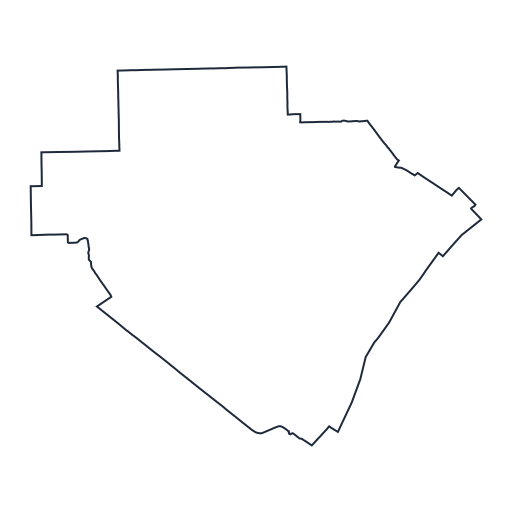 outline of Slobozia, Giurgiu, Romania
{"feature_id": "2599482B23076284199588", "entity_name": "Slobozia", "entity_type": "district", "adm_level": 2, "iso_a3": "ROU", "parent_name": "Romania", "parent_adm1": "Giurgiu", "projection": "equal_earth", "projection_center": [25.878, 43.851], "detail": "fine", "context": "isolated", "style": "outline", "palette": "slate", "viewbox_px": 512, "rotation_deg": 0, "n_neighbors": 0, "source": "geoboundaries", "source_scale": "gbopen_adm2", "svg_char_len": 5886}
<svg xmlns="http://www.w3.org/2000/svg" viewBox="0 0 512 512"><path d="M311.8,445.4L318.9,437.7L319.6,437.0L325.3,430.8L326.2,429.9L329.1,426.4L334.4,429.8L335.5,430.4L337.9,431.9L338.4,430.9L338.8,430.1L339.4,428.8L339.8,427.8L351.7,402.6L360.3,379.2L365.7,357.0L374.3,342.4L377.6,338.6L378.4,337.5L379.1,336.6L389.0,322.7L390.5,320.0L399.6,303.3L400.5,301.7L402.3,299.8L413.9,286.4L419.6,279.6L424.9,272.0L425.2,271.4L438.6,252.8L442.9,256.2L454.4,243.1L455.1,242.3L461.8,234.9L481.3,219.4L471.3,208.9L471.4,208.7L471.2,208.3L471.4,208.1L471.9,207.6L472.6,207.1L473.5,206.7L474.0,206.4L474.1,206.1L474.3,205.9L475.0,205.5L475.1,205.2L475.2,204.8L475.4,204.6L474.3,203.5L458.9,187.9L458.2,188.4L456.3,190.2L451.8,195.6L423.8,177.2L417.7,173.0L416.7,173.9L414.6,175.4L413.0,174.3L411.9,173.8L408.3,171.4L406.7,170.4L402.5,168.3L401.4,167.9L400.4,167.7L398.7,167.6L396.8,167.3L395.8,167.1L395.1,167.0L395.0,166.4L398.8,160.5L398.3,160.2L397.9,159.9L397.0,159.3L396.1,158.1L394.1,155.6L392.4,153.2L390.7,151.0L389.5,149.5L388.5,148.1L388.0,147.7L387.7,147.6L387.7,147.4L387.5,147.1L386.7,146.0L385.7,144.7L384.6,143.6L383.9,142.7L382.7,141.2L381.8,140.2L380.8,138.7L380.4,138.1L379.8,137.5L379.2,136.6L378.8,136.1L377.4,134.2L374.5,130.2L373.4,128.8L372.5,127.6L371.3,126.0L370.3,124.8L369.0,123.0L367.3,120.7L365.1,120.9L364.8,121.0L364.0,121.1L362.3,121.2L359.3,121.5L358.7,121.4L358.4,121.3L358.0,121.1L357.4,121.1L356.2,121.0L355.0,121.1L354.2,121.1L353.1,121.1L352.2,121.3L351.2,121.4L350.2,121.4L348.6,121.5L347.9,121.5L347.1,121.3L346.0,121.0L344.7,120.7L343.9,120.7L343.1,120.6L342.5,120.8L342.1,120.9L341.4,121.5L341.1,121.6L340.5,121.7L339.2,121.6L337.0,121.6L335.3,121.7L334.1,121.5L333.5,121.5L332.8,121.7L332.2,121.8L331.2,121.7L328.9,121.9L327.4,121.8L325.9,121.9L324.3,121.8L322.8,121.9L321.2,121.9L320.0,121.9L319.1,121.9L318.5,121.9L318.2,121.9L317.3,122.0L316.4,122.0L314.3,122.1L306.9,122.2L303.9,122.3L301.7,122.4L300.2,122.3L300.3,120.5L300.4,119.2L300.3,116.5L300.3,114.1L297.1,114.1L293.7,114.2L292.0,114.3L290.1,114.5L287.8,114.6L287.7,111.7L287.5,108.4L287.4,105.9L287.5,103.6L287.4,101.9L287.3,97.8L287.3,94.2L287.2,90.6L287.0,86.9L286.9,83.0L286.8,78.7L286.8,75.6L286.6,71.7L286.4,66.6L283.7,66.7L280.6,66.8L278.7,66.9L273.4,67.0L261.1,67.3L257.6,67.3L252.7,67.4L249.5,67.5L246.5,67.5L244.1,67.5L241.9,67.6L240.6,67.6L238.5,67.6L235.9,67.7L234.2,67.8L231.2,67.9L228.6,68.0L225.4,68.2L220.5,68.2L218.2,68.3L214.9,68.4L212.0,68.5L210.7,68.4L208.2,68.5L203.8,68.6L201.7,68.6L199.8,68.7L199.0,68.8L197.1,68.8L195.6,68.8L193.2,68.9L191.4,68.9L188.8,69.0L186.3,69.0L182.1,69.1L178.7,69.2L172.8,69.3L169.7,69.4L162.0,69.6L159.3,69.6L154.3,69.7L151.1,69.8L148.2,69.9L144.4,69.9L136.1,70.2L131.7,70.2L126.2,70.4L122.6,70.5L117.6,70.6L117.7,73.3L117.8,75.2L117.8,77.8L117.9,83.6L118.0,86.1L118.0,86.7L118.1,89.6L118.2,93.1L118.2,96.2L118.3,99.0L118.4,102.2L118.4,104.7L118.5,107.9L118.6,110.0L118.6,112.6L118.7,114.4L118.7,117.0L118.8,118.5L118.8,119.1L118.9,125.6L118.9,130.3L119.0,134.7L119.0,137.0L119.3,144.2L119.3,146.2L119.5,150.7L118.2,150.8L115.3,150.8L107.2,151.1L105.7,151.1L102.0,151.2L96.1,151.3L86.1,151.5L78.5,151.7L73.5,151.8L68.0,151.9L67.7,151.9L67.2,151.9L57.6,152.0L52.6,152.1L41.4,152.3L41.5,163.5L41.6,168.3L41.7,172.1L41.8,181.3L41.8,186.0L37.5,186.1L33.5,186.2L30.7,186.2L30.8,194.0L30.9,202.5L31.1,211.8L31.3,220.4L31.4,229.2L31.4,235.2L36.2,235.1L41.0,234.9L48.6,234.6L54.6,234.6L65.3,234.3L66.1,234.3L66.9,234.5L67.4,234.7L67.6,234.8L67.7,235.0L67.8,239.1L67.9,241.9L67.9,242.3L68.1,242.6L68.4,242.8L68.6,242.9L69.0,242.9L71.6,242.8L73.7,242.8L74.7,242.7L75.9,242.6L76.7,242.5L77.1,242.4L77.3,242.4L77.8,242.1L78.5,241.3L79.2,240.5L79.5,240.1L79.8,239.9L80.2,239.6L80.6,239.4L80.9,239.3L82.0,238.9L83.1,238.4L83.7,238.2L83.9,238.1L84.1,238.0L84.5,238.0L85.3,238.1L86.2,238.3L86.9,238.6L87.2,238.8L87.4,238.9L87.5,239.1L87.5,239.4L87.6,240.1L87.7,240.5L87.9,240.8L88.0,241.8L88.4,244.2L88.5,245.3L88.6,246.2L88.6,246.7L88.9,247.7L89.0,248.3L89.1,248.7L89.1,249.2L89.1,249.7L89.1,250.2L88.9,250.7L88.6,251.3L88.4,251.8L88.3,252.2L88.3,252.5L88.3,253.0L88.4,253.6L88.7,254.4L88.9,255.3L88.9,255.8L88.9,256.3L88.8,257.1L88.7,257.5L88.8,258.4L88.9,259.3L88.9,259.7L89.1,260.0L89.5,260.4L90.3,261.2L90.7,261.6L90.9,261.9L91.0,262.1L91.0,262.5L91.0,263.7L91.1,264.5L91.2,265.6L91.4,266.7L91.6,267.4L91.9,268.0L92.4,268.9L93.0,269.6L93.5,270.3L94.1,271.1L94.4,271.7L94.9,272.5L95.2,273.1L96.0,274.1L96.4,274.5L96.6,274.9L98.0,277.0L99.0,278.5L100.2,280.4L101.4,282.0L101.9,282.6L102.4,283.5L102.8,284.1L103.4,284.8L103.8,285.3L104.3,286.1L104.8,286.8L105.7,288.1L106.5,289.3L108.8,292.5L110.5,294.9L111.3,296.8L96.9,306.5L118.5,323.7L125.4,329.5L126.0,330.0L127.7,331.2L129.8,332.9L131.5,334.2L132.5,335.1L133.1,335.5L133.6,335.8L134.1,336.1L134.6,336.6L136.4,337.9L139.9,340.7L142.6,342.9L142.8,343.0L149.4,348.3L155.1,352.8L160.1,356.6L165.0,360.5L168.4,363.2L171.3,365.6L173.7,367.5L179.6,372.4L179.8,372.6L183.9,375.8L194.4,384.2L199.8,388.5L204.0,391.8L208.6,395.4L211.1,397.4L211.3,397.6L222.9,406.6L225.9,409.2L228.4,411.2L231.9,414.0L234.6,416.1L238.7,419.4L242.2,422.3L244.2,423.8L246.8,425.9L249.9,428.3L251.3,429.5L252.2,430.1L253.5,430.9L254.5,431.6L255.2,432.0L255.6,432.2L256.2,432.5L257.0,432.7L258.1,433.0L259.3,433.2L260.1,433.3L260.7,433.4L261.7,433.2L262.5,432.9L263.3,432.6L267.5,430.8L270.4,429.6L272.6,428.6L275.1,427.6L276.8,426.9L278.3,426.4L279.4,426.2L280.0,426.2L280.8,426.3L281.3,426.5L282.1,426.8L282.9,427.2L284.9,428.5L286.7,429.8L287.4,430.3L288.0,430.9L288.5,431.5L288.8,431.4L288.9,431.7L288.9,432.1L288.8,432.3L289.2,432.7L289.2,432.9L289.1,433.1L289.0,433.3L289.1,433.6L289.3,433.9L289.7,433.9L289.9,434.1L290.1,434.2L290.3,434.3L290.5,434.3L291.0,434.0L291.7,433.6L292.5,433.2L293.7,433.8L299.3,438.3L299.8,438.5L300.3,438.6L301.1,438.7L301.9,438.9L311.8,445.4Z" fill="none" stroke="#1e293b" stroke-width="2"/></svg>